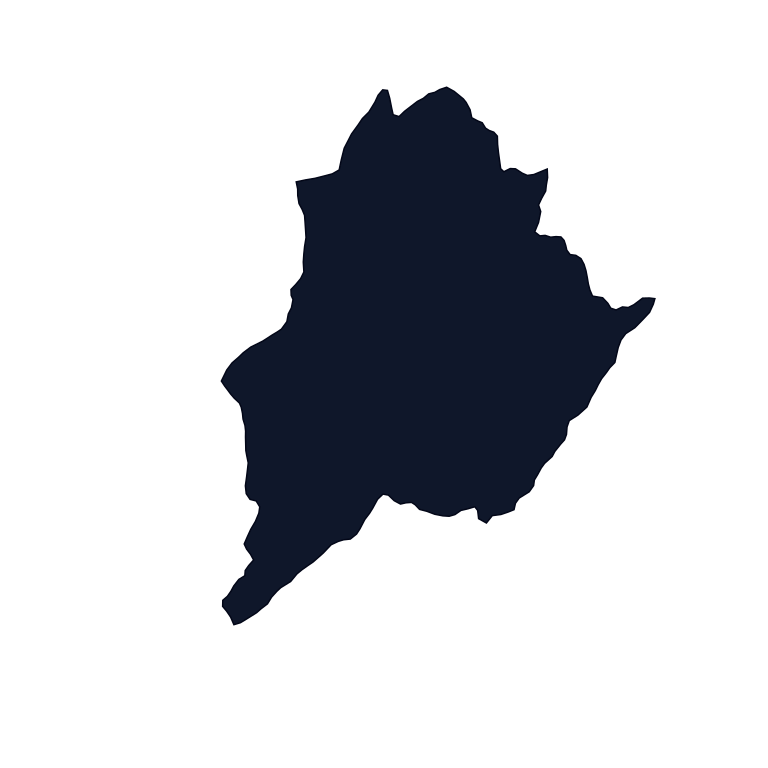 outline of Campos Novos Paulista, São Paulo, Brazil, rotated 33°
{"feature_id": "56859067B51677967668547", "entity_name": "Campos Novos Paulista", "entity_type": "district", "adm_level": 2, "iso_a3": "BRA", "parent_name": "Brazil", "parent_adm1": "São Paulo", "projection": "equal_earth", "projection_center": [-50.01, -22.637], "detail": "fine", "context": "isolated", "style": "filled", "palette": "ink", "viewbox_px": 768, "rotation_deg": 33, "n_neighbors": 0, "source": "geoboundaries", "source_scale": "gbopen_adm2", "svg_char_len": 3050}
<svg xmlns="http://www.w3.org/2000/svg" viewBox="0 0 768 768"><g transform="rotate(33 384 384)"><path d="M299.5,103.1L295.3,101.7L289.9,101.1L283.5,100.4L274.9,101.0L270.3,106.8L267.8,111.7L263.5,116.3L261.4,123.0L258.1,128.8L255.3,136.7L252.7,144.1L251.0,151.5L245.0,153.2L240.1,148.4L236.8,145.0L233.2,141.3L227.0,135.9L222.7,138.0L221.8,145.0L222.9,152.6L223.2,164.2L221.3,173.1L221.2,180.5L220.9,186.3L220.6,192.0L221.3,198.7L222.2,207.9L226.1,219.3L229.8,228.9L226.2,235.9L221.4,241.2L214.1,249.1L207.0,255.6L200.3,262.3L205.4,267.5L209.0,272.9L214.5,279.0L220.2,282.1L225.5,285.8L229.6,291.2L234.9,298.3L238.9,303.7L242.6,312.1L246.0,318.7L249.9,325.7L255.8,333.7L256.7,341.1L255.8,348.7L254.5,355.4L257.9,360.2L261.7,362.7L264.9,370.6L265.6,377.4L268.6,384.6L268.1,393.9L266.0,398.8L263.5,403.9L259.0,414.0L252.2,425.5L249.0,434.2L247.4,441.1L245.1,449.1L244.5,457.9L246.0,470.1L251.5,472.5L256.3,474.2L260.8,475.9L266.3,477.5L273.1,478.7L276.9,481.2L281.3,485.7L284.9,490.2L290.0,494.5L293.6,498.9L296.8,504.0L301.2,510.4L304.4,515.1L307.7,518.6L313.1,524.1L316.2,530.3L319.3,536.6L323.2,544.9L328.2,551.0L334.5,553.7L340.5,551.7L346.7,554.7L349.4,560.5L351.0,569.3L351.4,578.4L352.6,586.6L353.9,594.3L358.7,597.3L364.8,599.5L370.5,602.6L369.4,609.9L369.2,616.0L371.7,620.6L368.7,626.9L368.0,635.1L368.5,641.3L368.3,647.4L366.6,653.2L369.8,658.4L375.7,660.2L382.3,663.0L389.2,667.6L393.6,662.4L397.1,655.1L401.7,645.2L403.3,639.5L406.0,631.9L405.8,623.9L407.0,616.4L408.3,611.1L413.3,600.4L414.4,590.7L416.3,584.6L419.0,577.8L421.5,571.8L425.1,558.9L427.2,547.6L431.3,541.0L434.9,536.7L440.2,532.4L442.7,524.8L442.7,518.6L441.7,508.1L442.3,500.3L442.2,494.6L441.4,484.2L443.1,476.9L448.2,474.8L456.1,476.3L463.2,475.7L467.1,471.7L471.6,468.3L476.0,468.3L482.1,469.8L489.3,467.4L497.5,465.6L505.2,462.5L510.7,459.4L514.6,454.9L517.4,448.1L522.3,443.0L527.0,437.5L531.4,439.0L536.7,445.4L545.6,444.8L546.5,435.4L553.1,429.8L557.9,423.7L561.5,418.6L559.2,412.4L559.5,406.0L564.5,395.3L564.8,387.7L562.4,382.6L562.2,376.4L561.6,368.8L561.9,363.1L564.5,353.2L564.0,347.4L564.9,338.3L565.8,332.5L564.5,326.9L560.9,320.3L559.3,313.8L563.6,304.4L566.7,292.8L565.0,282.4L564.8,274.5L564.0,267.8L563.6,261.0L564.3,253.1L564.5,247.3L565.9,240.2L563.8,234.7L560.5,225.7L558.8,218.0L559.3,210.1L563.7,200.2L565.9,189.3L567.7,179.3L566.4,170.4L564.7,164.9L559.8,167.3L554.1,171.2L550.4,181.4L547.2,186.8L542.0,189.5L538.3,195.5L532.9,196.9L527.8,194.4L520.4,192.6L511.0,196.7L505.5,193.0L501.0,188.9L496.7,184.2L491.6,178.9L486.6,174.7L481.0,171.6L474.8,171.6L469.6,174.1L464.4,172.2L460.9,168.8L456.8,165.5L452.3,164.3L448.0,166.7L443.8,170.1L438.2,171.6L434.0,174.9L427.5,174.3L425.6,164.3L421.5,154.0L416.1,149.7L415.1,142.5L414.5,134.1L411.8,128.8L408.8,121.8L403.8,114.8L395.6,126.7L390.6,131.0L385.1,131.9L377.1,131.9L372.5,134.6L368.9,140.7L364.6,139.9L353.9,127.5L348.8,121.2L344.1,114.4L338.9,113.0L334.1,114.1L329.8,114.1L324.1,111.4L319.3,112.3L312.6,112.9L306.8,107.1L299.5,103.1Z" fill="#0f172a" stroke="#020617" stroke-width="1.5"/></g></svg>